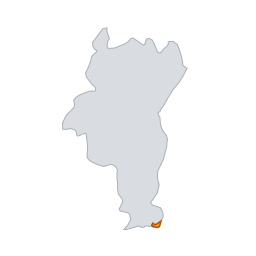 Šalovci on a map of Slovenia (Albers equal-area conic projection), rotated 110°
{"feature_id": "SVN-196", "entity_name": "Šalovci", "entity_type": "Municipality", "adm_level": 1, "iso_a3": "SVN", "parent_name": "Slovenia", "parent_adm1": "", "projection": "albers", "projection_center": [16.282, 46.821], "detail": "fine", "context": "in_parent", "style": "filled", "palette": "amber", "viewbox_px": 256, "rotation_deg": 110, "n_neighbors": 0, "source": "natural_earth", "source_scale": "10m", "svg_char_len": 2018}
<svg xmlns="http://www.w3.org/2000/svg" viewBox="0 0 256 256"><g transform="rotate(110 128 128)"><path d="M224.8,97.2L219.4,95.0L212.8,94.1L211.6,95.3L209.0,96.5L207.6,98.6L208.7,107.1L207.1,108.6L199.6,107.7L197.2,108.7L193.1,114.6L188.9,117.0L183.6,118.8L179.7,120.9L174.7,122.7L170.5,123.8L168.8,126.3L167.8,129.2L168.0,131.9L172.3,137.4L172.8,143.2L172.3,150.2L171.3,154.0L169.5,156.5L158.9,159.7L147.8,165.3L147.5,166.7L152.5,171.9L152.7,173.2L148.5,176.1L148.0,179.0L148.4,182.4L150.6,185.9L151.4,189.1L145.3,191.3L137.0,190.3L127.3,185.8L123.9,186.4L120.5,188.6L117.2,187.6L113.5,184.8L108.4,179.1L105.9,175.6L104.9,171.9L103.5,171.3L101.3,172.3L99.4,176.7L94.3,184.6L90.7,186.7L85.3,186.1L77.6,186.0L72.9,186.6L67.1,183.6L65.7,184.1L65.7,185.9L63.4,188.8L59.8,190.6L43.4,185.7L41.2,182.1L45.0,180.5L50.3,176.1L53.8,176.7L58.1,175.8L60.0,173.9L57.5,168.0L50.9,160.6L47.4,157.7L42.5,155.7L41.7,153.8L44.8,142.5L44.0,140.8L38.3,141.2L37.1,139.9L36.7,137.9L37.1,135.2L41.1,131.0L45.5,127.2L46.7,125.0L46.6,123.3L41.2,121.4L38.0,119.5L35.5,118.7L33.6,119.7L32.4,118.5L31.2,115.2L32.7,110.2L37.7,105.8L43.1,101.9L47.7,99.1L50.4,97.9L51.8,92.8L54.5,93.4L59.8,93.9L65.8,95.2L71.3,96.8L76.2,98.7L86.5,100.9L95.8,102.3L98.6,103.4L100.9,103.4L103.8,105.0L105.5,103.8L106.7,101.8L111.9,99.5L116.7,96.4L120.1,92.4L122.0,89.2L125.2,87.0L128.7,86.4L131.8,85.3L145.1,84.0L158.7,85.3L165.3,83.2L170.7,79.3L178.5,78.3L178.9,78.2L190.6,81.3L191.5,79.6L192.0,78.8L191.8,70.3L195.5,66.4L198.9,64.7L210.5,65.3L212.0,67.9L212.7,72.0L213.7,77.4L215.6,78.9L216.7,81.1L216.5,84.8L218.8,87.6L224.2,95.2L224.8,97.2Z" fill="#d9dde1" stroke="#a8b0b8" stroke-width="1"/><path d="M212.2,70.6L211.7,71.6L211.5,72.2L211.5,72.3L211.3,72.4L210.9,72.5L208.9,72.2L209.1,71.5L209.3,71.2L209.5,70.2L209.4,69.6L209.0,68.8L208.1,67.9L207.1,67.3L204.2,65.2L209.8,64.7L210.4,65.1L211.4,66.2L211.4,66.5L211.7,67.2L211.7,68.4L211.6,68.9L211.3,69.5L211.3,69.8L211.4,70.1L212.2,70.6L212.2,70.6Z" fill="#f59e0b" stroke="#b45309" stroke-width="1.5"/></g></svg>